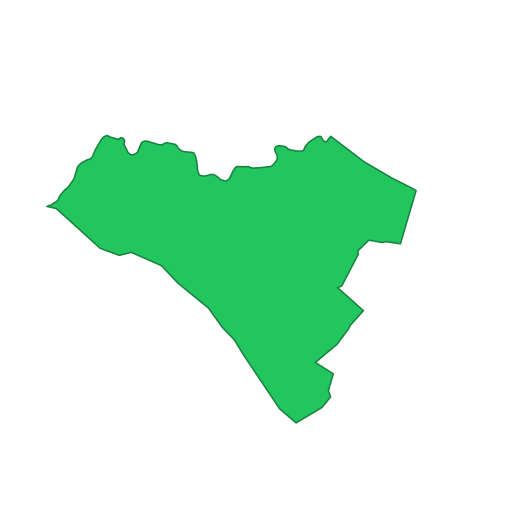 the district of Northampton, Pennsylvania, United States of America, rotated 247°
{"feature_id": "52423323B75013060921625", "entity_name": "Northampton", "entity_type": "district", "adm_level": 2, "iso_a3": "USA", "parent_name": "United States of America", "parent_adm1": "Pennsylvania", "projection": "albers", "projection_center": [-75.208, 40.753], "detail": "fine", "context": "isolated", "style": "filled", "palette": "green", "viewbox_px": 512, "rotation_deg": 247, "n_neighbors": 0, "source": "geoboundaries", "source_scale": "gbopen_adm2", "svg_char_len": 1851}
<svg xmlns="http://www.w3.org/2000/svg" viewBox="0 0 512 512"><g transform="rotate(247 256 256)"><path d="M253.6,428.9L256.0,427.3L274.6,411.6L300.5,392.3L336.9,371.6L335.8,369.2L334.1,366.7L333.8,364.7L334.5,363.7L336.2,363.0L340.6,362.5L341.4,361.2L341.9,358.7L340.1,349.1L337.8,344.4L334.6,340.9L334.6,339.0L336.9,334.3L340.5,328.8L342.2,327.3L345.4,325.6L348.6,320.3L349.0,317.8L348.5,316.1L346.7,314.8L344.3,314.4L340.6,314.8L336.8,313.3L334.4,309.9L332.5,305.1L335.7,294.1L338.3,287.1L339.3,285.8L339.4,285.6L341.3,283.9L343.2,279.1L345.5,274.3L345.8,273.0L345.4,271.3L343.5,268.4L337.7,261.8L337.1,260.5L336.8,258.1L337.0,256.9L339.9,253.5L345.2,250.7L347.6,248.7L348.6,246.8L349.0,243.2L349.7,239.8L351.1,237.3L352.2,236.0L353.4,235.4L357.0,235.5L365.6,238.3L371.9,239.3L374.7,239.1L375.4,238.9L376.5,237.4L379.9,230.9L381.6,228.7L385.4,226.6L388.7,226.2L390.4,225.2L395.1,218.3L395.5,215.7L395.1,213.7L395.4,212.0L396.6,209.8L397.9,208.3L404.4,200.5L405.3,198.5L405.4,195.8L404.3,194.0L398.6,188.3L397.4,186.6L397.2,182.3L398.1,180.3L401.0,178.7L409.7,178.1L411.6,178.8L413.2,180.1L416.1,179.9L417.8,177.8L417.2,174.7L422.6,168.1L425.0,166.2L425.3,163.5L424.9,161.8L423.6,159.0L416.4,149.4L411.3,144.2L410.1,141.4L410.5,137.8L410.0,132.3L409.4,130.0L408.0,126.8L398.2,118.6L396.8,116.5L392.1,108.8L391.7,106.1L388.4,99.4L384.7,95.4L384.0,92.8L383.4,88.5L383.1,87.7L382.9,86.6L383.5,84.6L383.1,83.2L377.7,90.7L323.9,115.6L310.0,130.4L308.1,142.6L284.0,165.2L261.6,173.5L226.4,192.0L203.4,197.1L187.3,203.3L168.6,206.1L105.8,218.1L86.7,227.7L90.8,257.6L97.2,269.7L103.8,270.0L117.3,281.1L134.8,269.1L143.1,296.2L153.0,313.1L155.4,315.8L163.7,333.5L173.1,329.1L185.8,323.1L194.8,318.8L195.0,323.4L217.6,350.8L220.9,351.8L226.5,366.0L218.9,377.8L218.5,381.1L210.8,393.7L253.6,428.9Z" fill="#22c55e" stroke="#15803d" stroke-width="1.5"/></g></svg>